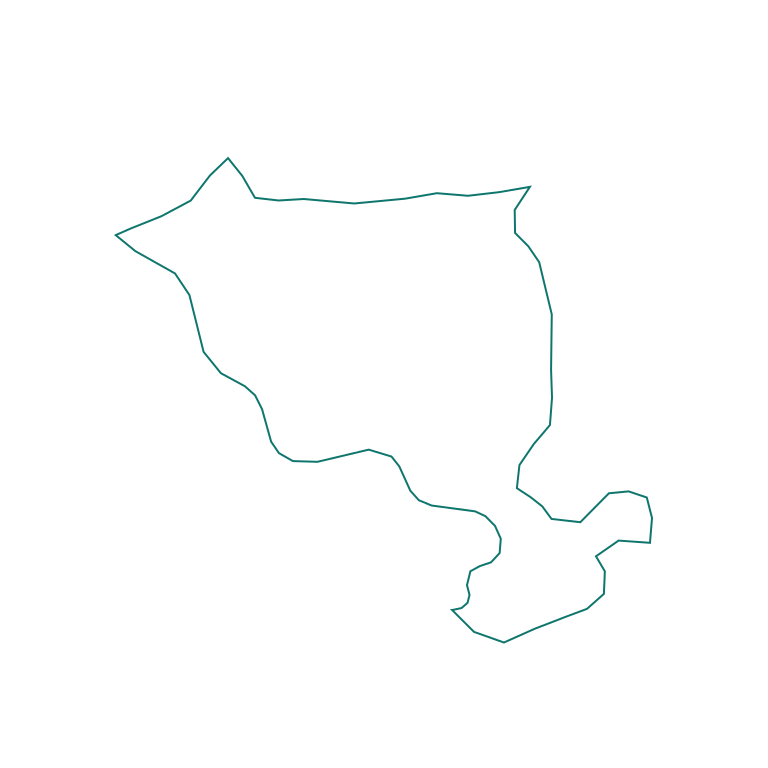 outline of Laçın, rotated 13°
{"feature_id": "AZE-1735", "entity_name": "Laçın", "entity_type": "District", "adm_level": 1, "iso_a3": "AZE", "parent_name": "Azerbaijan", "parent_adm1": "", "projection": "natural_earth1", "projection_center": [46.402, 39.698], "detail": "fine", "context": "isolated", "style": "outline", "palette": "teal", "viewbox_px": 768, "rotation_deg": 13, "n_neighbors": 0, "source": "natural_earth", "source_scale": "10m", "svg_char_len": 1207}
<svg xmlns="http://www.w3.org/2000/svg" viewBox="0 0 768 768"><g transform="rotate(13 384 384)"><path d="M312.6,479.6L297.2,475.0L287.0,465.6L270.8,435.9L260.9,424.0L249.0,417.5L222.7,410.2L201.0,393.3L174.4,341.1L155.5,323.3L111.9,310.5L89.1,299.3L89.2,299.2L102.3,289.4L129.2,270.7L154.4,248.8L167.5,220.0L181.2,199.0L199.1,213.1L216.4,231.6L240.0,228.9L264.2,221.8L314.4,214.8L362.8,198.7L392.6,186.2L423.5,181.7L452.7,171.3L481.8,159.1L472.2,185.0L477.7,207.3L493.6,217.3L507.8,230.4L531.8,278.4L543.6,332.6L550.8,359.6L553.4,376.6L554.9,386.7L551.2,393.9L543.5,408.7L534.2,432.5L536.9,455.6L552.3,461.3L565.7,467.6L577.6,477.8L606.4,474.5L611.3,466.5L627.6,440.1L627.7,439.9L646.5,433.6L665.6,435.5L675.3,454.3L677.7,470.9L678.9,478.9L647.8,483.8L636.2,496.6L629.3,504.2L641.3,516.8L643.1,526.2L645.0,536.6L645.5,539.0L632.4,557.4L613.2,570.1L585.9,588.6L559.0,608.9L527.5,605.3L501.2,588.9L501.5,588.8L509.9,584.9L514.6,578.5L514.8,570.4L510.1,561.3L510.3,547.0L518.4,539.8L528.4,533.7L534.7,522.7L532.6,508.5L524.1,497.3L512.6,490.0L501.5,487.6L457.7,491.7L444.1,489.4L433.7,482.1L417.4,460.8L407.6,453.0L383.9,451.4L336.6,474.8L312.6,479.6Z" fill="none" stroke="#0f766e" stroke-width="2"/></g></svg>